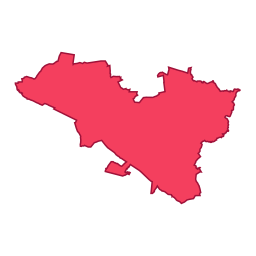 outline of Acambay de Ruíz Castañeda, México, Mexico
{"feature_id": "50627088B16858103917717", "entity_name": "Acambay de Ruíz Castañeda", "entity_type": "district", "adm_level": 2, "iso_a3": "MEX", "parent_name": "Mexico", "parent_adm1": "México", "projection": "albers", "projection_center": [-99.804, 19.959], "detail": "fine", "context": "isolated", "style": "filled", "palette": "rose", "viewbox_px": 256, "rotation_deg": 0, "n_neighbors": 0, "source": "geoboundaries", "source_scale": "gbopen_adm2", "svg_char_len": 5766}
<svg xmlns="http://www.w3.org/2000/svg" viewBox="0 0 256 256"><path d="M105.3,61.0L101.0,61.0L87.0,63.1L84.3,62.3L82.7,63.5L79.8,62.6L77.3,63.4L73.5,63.9L73.2,64.3L73.0,63.2L74.2,54.8L61.1,52.6L59.3,56.1L58.0,61.1L57.0,61.5L56.6,61.4L56.1,62.0L55.6,62.1L54.1,63.5L53.4,63.6L52.9,64.1L49.2,63.9L46.2,65.1L44.8,65.9L42.4,68.1L40.6,71.4L39.7,72.0L36.7,76.2L36.5,76.9L34.9,78.8L34.4,78.9L33.6,78.9L32.8,78.4L31.3,77.8L29.4,77.5L29.1,77.3L26.6,76.5L26.0,76.8L24.4,77.2L23.7,78.4L21.8,78.8L22.4,81.0L22.1,81.9L18.2,82.0L18.0,83.2L15.4,83.1L15.4,84.0L16.8,86.8L17.1,89.3L17.5,90.1L18.0,89.7L18.4,90.1L18.6,90.0L19.3,91.1L18.9,91.5L20.1,92.7L20.3,92.5L20.9,92.9L21.3,92.6L22.3,93.2L21.8,94.0L23.0,95.9L25.5,97.6L26.9,98.1L27.0,98.9L27.1,99.0L29.2,99.2L30.5,99.9L32.9,100.7L36.7,102.7L38.6,103.4L39.6,104.1L40.3,104.3L41.7,105.0L42.6,105.1L42.9,104.7L44.8,103.5L47.8,104.6L48.6,105.2L54.8,107.9L53.8,109.0L76.6,120.2L75.5,122.5L74.7,122.7L76.2,127.8L77.4,131.1L77.7,131.6L78.9,132.9L80.7,136.2L80.5,137.5L80.8,140.0L80.7,142.0L80.6,143.3L80.3,144.1L80.4,146.2L81.3,146.4L82.1,145.9L83.9,145.9L84.5,145.4L88.2,147.0L90.8,147.0L94.3,142.7L96.5,142.0L98.2,141.2L101.7,140.4L105.3,145.0L107.7,147.7L114.5,152.6L116.2,154.8L116.8,155.1L117.1,155.5L117.8,156.0L118.9,156.5L120.0,157.8L122.3,158.9L122.6,159.2L126.5,161.9L124.8,163.2L121.7,166.3L120.2,165.7L118.3,164.3L118.0,163.9L117.3,163.5L116.9,163.6L116.7,163.4L116.1,163.4L115.2,162.8L114.6,162.8L113.1,161.7L111.2,161.7L108.2,165.7L107.1,168.1L105.9,168.5L106.2,169.2L105.5,170.2L105.3,171.5L122.7,176.0L124.5,175.2L124.9,175.3L127.4,173.8L129.1,174.5L130.1,172.6L129.1,172.2L128.9,172.6L128.6,172.5L128.3,172.7L127.7,172.0L127.2,172.8L125.9,171.9L125.6,172.5L125.0,172.0L126.6,168.6L127.2,168.9L128.4,166.9L128.8,167.1L130.3,164.5L139.3,170.4L141.5,172.3L148.9,179.4L151.2,181.3L152.2,181.7L151.0,193.4L152.5,193.4L153.0,192.9L153.1,192.6L153.6,192.3L153.9,191.8L154.3,191.7L154.4,191.2L154.3,190.8L154.9,189.7L156.5,187.6L157.3,186.0L159.6,189.3L161.6,190.5L162.1,191.1L162.7,191.0L164.8,191.7L168.2,194.4L171.4,194.7L171.6,195.6L172.1,196.0L172.1,196.3L172.3,196.1L172.7,196.7L174.5,197.6L174.6,197.9L175.7,199.0L176.3,199.9L177.2,200.6L179.8,201.7L181.4,203.4L184.5,202.0L187.1,199.9L189.5,199.3L193.5,198.6L195.3,195.6L200.0,195.5L199.6,194.3L199.6,193.7L199.9,193.1L200.7,192.6L200.0,189.2L199.0,185.7L198.3,184.6L197.7,183.2L196.3,181.4L195.7,179.6L195.7,178.6L196.2,174.3L199.8,172.0L200.7,171.8L201.2,171.9L199.3,168.5L200.1,167.6L199.9,167.5L198.6,168.0L198.1,168.9L197.7,169.1L197.1,168.2L196.7,168.5L196.2,168.1L196.0,167.6L196.1,166.8L196.0,166.0L194.2,165.1L195.7,162.2L195.7,161.6L195.9,161.2L197.7,159.0L200.5,156.6L198.2,153.4L198.7,153.2L198.9,152.6L199.9,151.4L200.0,150.7L199.8,150.1L200.0,149.2L201.3,147.3L202.1,144.6L201.5,143.6L200.9,143.2L202.5,141.5L203.2,141.1L203.5,141.2L204.0,141.0L204.7,140.4L205.4,141.2L206.0,141.6L207.8,141.4L208.4,141.8L209.3,142.0L209.8,141.7L210.4,142.2L210.9,141.6L211.2,141.8L211.2,142.3L211.4,142.3L211.6,142.2L211.4,142.1L211.5,142.0L212.1,141.8L212.3,141.4L213.0,141.7L213.4,141.7L214.8,141.1L215.3,140.3L216.5,140.0L216.4,139.5L217.1,138.2L217.6,138.3L219.0,137.5L220.5,137.2L220.8,137.2L221.3,137.6L221.6,137.4L222.2,136.3L222.8,136.5L223.4,136.4L223.6,136.1L223.8,134.7L222.6,134.2L222.5,133.9L223.2,133.8L223.9,134.1L224.4,133.9L225.0,133.5L225.1,133.1L226.1,132.7L226.3,131.8L227.1,131.2L227.2,130.8L228.0,131.3L228.4,131.1L228.5,130.4L228.0,129.8L227.6,128.3L228.3,127.5L228.1,127.1L228.0,126.2L228.2,125.3L228.5,125.0L228.5,124.5L228.1,123.8L228.0,122.8L228.5,121.9L227.9,120.2L227.1,119.1L227.0,118.6L225.7,118.1L224.9,117.3L225.0,117.0L225.5,116.1L226.4,115.7L227.4,115.7L227.8,116.2L229.7,116.6L230.2,116.1L231.8,112.1L231.5,110.8L231.5,110.6L231.8,110.3L232.3,110.5L232.7,110.3L233.4,109.6L233.5,106.5L233.7,105.9L234.4,104.9L233.6,103.0L232.9,102.7L232.2,101.9L232.7,101.7L232.8,101.1L233.5,100.5L234.3,99.2L234.2,98.8L234.8,97.5L234.8,97.2L235.4,96.8L235.9,95.7L235.8,94.1L236.4,92.3L238.5,90.7L238.8,90.7L239.3,90.4L239.6,90.6L239.8,90.3L240.5,90.2L239.5,89.9L238.9,89.6L238.8,89.3L237.8,89.0L237.1,89.4L234.4,89.1L234.0,89.6L233.6,91.0L232.9,91.6L232.4,91.3L230.4,90.9L230.0,91.7L229.8,91.3L229.2,91.2L228.7,91.5L228.0,91.1L226.9,90.8L226.7,90.2L226.1,90.7L225.4,90.8L224.8,90.6L223.5,91.2L223.1,90.9L221.4,91.2L220.8,91.0L220.3,91.3L219.8,90.7L219.2,89.3L218.9,89.4L217.6,87.6L216.8,86.8L216.7,86.2L215.9,85.3L215.8,84.4L215.2,83.6L214.8,83.2L214.5,83.3L213.5,82.2L213.2,82.1L213.5,81.4L213.1,80.8L212.9,80.8L212.0,81.7L210.0,82.4L208.3,83.3L207.3,83.5L206.6,83.4L203.9,81.5L203.6,81.5L203.2,81.8L203.5,82.1L203.2,82.7L202.3,82.8L201.7,82.5L201.8,82.2L201.3,81.4L200.2,81.0L197.4,81.1L197.2,81.2L196.9,81.8L194.0,80.6L193.7,80.8L192.8,80.1L192.0,78.7L193.0,77.1L192.5,76.7L192.4,76.2L191.9,75.6L191.6,74.7L190.9,74.6L190.9,74.1L190.4,73.2L190.5,71.5L190.3,71.1L190.3,70.5L190.5,70.1L190.8,70.1L191.0,69.8L190.7,68.6L191.1,67.6L188.6,68.2L187.7,73.1L182.3,71.3L178.4,70.3L168.6,67.2L169.0,69.3L167.6,74.7L167.4,74.8L165.9,74.3L162.3,72.2L161.7,72.6L160.6,72.5L159.9,72.8L158.6,73.9L157.6,75.5L157.9,76.9L163.3,75.4L164.1,82.1L163.8,82.2L165.0,91.6L158.9,93.0L159.1,94.4L157.2,95.5L156.6,96.1L155.3,96.4L152.9,97.4L146.1,97.3L143.4,97.6L139.4,102.6L134.7,102.2L133.6,100.2L133.3,98.7L134.4,98.1L135.0,96.8L136.1,96.0L136.2,95.7L137.6,95.4L137.6,95.1L136.8,94.5L136.7,93.2L137.1,91.8L129.2,91.8L129.8,89.4L128.2,89.9L125.9,89.0L125.9,88.6L123.4,89.3L122.3,88.4L120.7,87.5L118.0,82.0L122.3,79.9L121.7,79.4L120.4,79.0L120.7,77.5L120.3,77.7L119.6,76.5L116.3,76.6L113.3,76.3L111.0,77.5L110.4,76.3L110.6,74.7L110.4,73.7L110.1,73.6L110.2,70.4L110.1,70.1L109.8,65.5L107.5,66.2L107.9,65.2L105.3,61.0Z" fill="#f43f5e" stroke="#9f1239" stroke-width="1.5"/></svg>